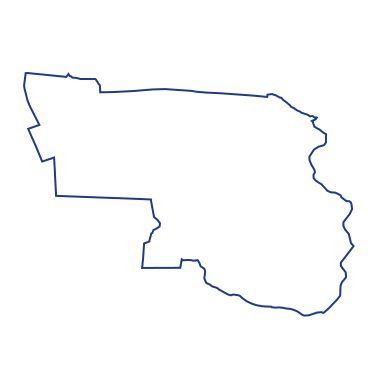 outline of Ghioroc, Arad, Romania, rotated 355°
{"feature_id": "2599482B24745533124468", "entity_name": "Ghioroc", "entity_type": "district", "adm_level": 2, "iso_a3": "ROU", "parent_name": "Romania", "parent_adm1": "Arad", "projection": "equal_earth", "projection_center": [21.586, 46.163], "detail": "fine", "context": "isolated", "style": "outline", "palette": "blue", "viewbox_px": 384, "rotation_deg": 355, "n_neighbors": 0, "source": "geoboundaries", "source_scale": "gbopen_adm2", "svg_char_len": 2959}
<svg xmlns="http://www.w3.org/2000/svg" viewBox="0 0 384 384"><g transform="rotate(355 192 192)"><path d="M79.2,63.7L77.7,65.5L76.9,66.4L52.2,61.7L49.9,61.3L38.9,59.2L36.7,59.0L34.0,71.2L34.1,72.8L34.2,74.5L36.1,86.5L37.8,92.0L45.8,111.9L34.3,114.8L36.6,121.6L40.7,133.5L45.3,148.3L45.4,148.6L57.6,145.7L57.2,159.5L57.0,163.4L56.3,184.0L112.9,191.1L119.6,191.9L133.0,193.6L149.9,195.8L150.2,195.8L150.5,195.9L150.4,196.9L150.6,199.2L150.8,201.4L151.4,207.4L152.0,213.4L152.4,214.1L155.4,217.0L156.4,218.8L157.4,220.3L156.7,223.6L153.2,225.4L150.3,226.5L148.9,229.3L148.2,229.7L147.8,229.8L145.4,236.6L145.2,237.6L139.8,239.1L137.5,253.9L135.7,263.3L173.7,266.5L175.9,258.2L177.3,259.3L179.1,259.3L181.3,259.3L185.1,259.8L187.8,260.6L189.3,260.5L189.7,260.7L190.5,260.4L191.7,260.4L193.2,263.4L194.1,266.7L197.4,269.4L197.9,270.5L198.2,272.5L197.6,275.2L197.2,276.8L196.8,279.1L197.3,281.0L198.1,283.2L198.4,284.0L201.5,285.6L203.9,287.8L205.4,288.4L207.4,289.2L209.0,290.0L210.5,291.6L218.9,297.2L221.5,298.3L222.1,298.2L223.6,297.8L224.4,297.8L225.4,298.0L229.5,299.0L230.6,299.6L231.6,300.8L234.1,303.2L236.9,305.5L239.8,307.3L243.0,309.0L247.1,310.6L252.3,312.0L257.1,312.7L261.1,313.2L261.6,313.8L265.4,314.5L268.3,314.5L271.5,315.1L273.4,315.5L275.3,316.2L279.6,317.0L283.1,318.3L286.8,320.3L291.3,324.1L293.2,324.9L297.9,325.0L300.5,324.3L306.2,323.0L310.2,323.0L312.5,323.9L318.1,319.8L327.5,311.5L330.6,308.1L331.8,298.4L333.4,295.1L338.1,290.3L338.1,285.4L333.9,278.8L334.1,275.4L341.5,267.4L348.2,260.0L345.9,256.7L344.6,247.5L341.3,242.9L339.9,239.3L340.2,235.3L347.2,227.7L350.0,222.9L349.8,218.2L349.4,216.4L347.9,214.9L345.2,214.6L340.5,210.5L339.7,208.2L336.3,206.0L334.6,205.1L330.2,204.4L327.0,202.6L324.7,199.5L321.6,195.5L318.1,193.0L315.8,190.9L314.4,188.7L314.5,185.6L316.2,183.0L315.9,180.6L313.2,175.0L311.8,170.3L312.1,166.9L317.2,160.4L322.2,157.9L327.7,156.8L329.9,154.1L330.2,149.2L330.6,146.1L327.4,143.8L324.6,141.0L322.1,139.4L319.6,137.6L318.9,134.8L318.5,132.8L317.6,131.7L319.6,131.0L321.4,130.5L322.0,129.8L322.5,129.2L322.9,128.8L322.7,128.6L321.7,128.5L320.6,128.5L319.6,127.5L318.9,127.0L318.2,126.8L316.8,126.9L316.3,126.9L315.7,126.5L315.0,125.9L314.2,125.4L313.0,124.7L311.8,124.2L310.5,123.7L309.2,123.1L307.8,122.5L307.0,121.7L306.3,121.1L305.0,120.5L304.0,120.0L300.9,117.4L299.5,116.6L298.1,115.8L297.2,114.2L293.2,110.3L290.6,108.0L289.7,106.7L289.4,106.1L288.7,105.7L288.2,105.7L287.9,105.6L286.4,104.7L283.6,102.8L282.4,102.3L281.9,102.3L280.4,101.4L279.9,101.4L275.6,101.7L275.2,103.8L274.9,103.8L264.7,101.9L254.5,100.2L230.2,96.3L215.0,94.2L205.6,92.6L202.4,91.8L200.2,91.2L184.8,88.8L174.0,87.1L161.7,86.4L142.2,86.3L122.9,85.6L109.3,84.7L109.4,81.0L109.5,78.6L109.2,77.1L108.4,76.2L107.5,74.3L106.0,71.5L105.5,71.1L104.8,70.8L103.4,70.9L100.7,70.6L97.9,70.3L90.5,69.7L90.0,69.4L86.0,68.1L83.1,67.7L82.8,67.6L81.6,66.3L81.0,66.0L80.3,65.8L79.2,63.7Z" fill="none" stroke="#1e3a8a" stroke-width="2"/></g></svg>